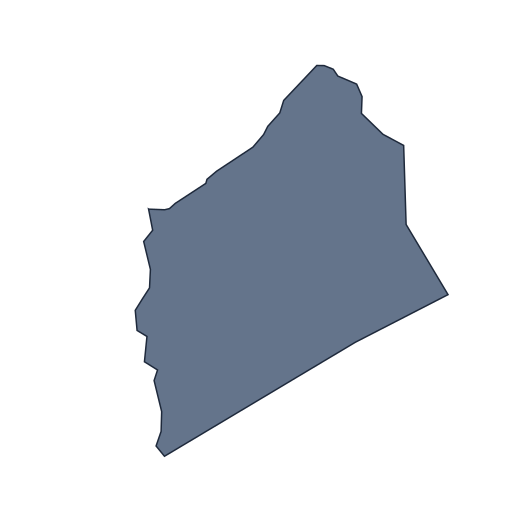 Washington, North Carolina, United States of America (Natural Earth projection), rotated 329°
{"feature_id": "52423323B84884093129235", "entity_name": "Washington", "entity_type": "district", "adm_level": 2, "iso_a3": "USA", "parent_name": "United States of America", "parent_adm1": "North Carolina", "projection": "natural_earth1", "projection_center": [-76.611, 35.841], "detail": "fine", "context": "isolated", "style": "filled", "palette": "slate", "viewbox_px": 512, "rotation_deg": 329, "n_neighbors": 0, "source": "geoboundaries", "source_scale": "gbopen_adm2", "svg_char_len": 694}
<svg xmlns="http://www.w3.org/2000/svg" viewBox="0 0 512 512"><g transform="rotate(329 256 256)"><path d="M72.5,367.4L74.4,380.5L228.1,380.9L228.5,380.9L229.3,380.9L296.8,381.1L400.7,388.0L400.9,306.3L439.5,237.3L427.5,217.1L419.8,188.1L429.0,174.0L430.8,160.5L418.8,143.9L418.4,135.7L412.5,127.9L406.2,124.0L359.9,136.9L350.1,145.6L332.9,150.9L325.1,155.8L309.4,161.1L266.0,163.0L253.5,165.0L250.4,167.9L214.0,169.3L206.2,170.8L201.5,169.3L188.2,160.6L188.1,160.4L180.7,180.7L167.2,185.7L158.6,213.1L148.3,228.5L137.0,234.0L124.5,240.4L115.7,258.6L121.1,268.8L105.9,289.2L112.9,303.0L104.5,310.3L95.0,340.8L84.3,357.5L72.5,367.4Z" fill="#64748b" stroke="#1e293b" stroke-width="1.5"/></g></svg>